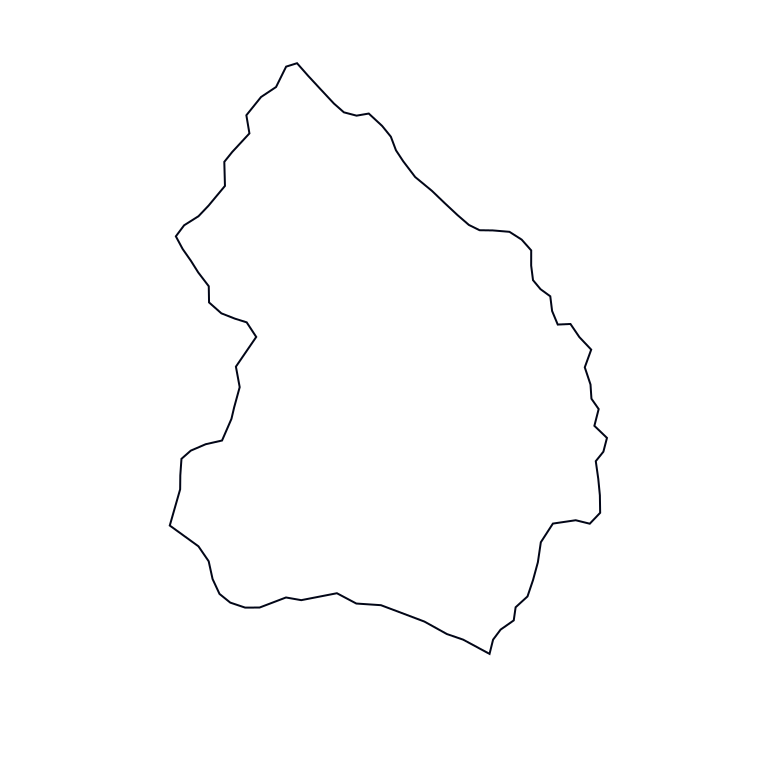 the district of Lourdes, São Paulo, Brazil, rotated 113°
{"feature_id": "56859067B53579578319178", "entity_name": "Lourdes", "entity_type": "district", "adm_level": 2, "iso_a3": "BRA", "parent_name": "Brazil", "parent_adm1": "São Paulo", "projection": "albers", "projection_center": [-50.239, -20.948], "detail": "fine", "context": "isolated", "style": "outline", "palette": "ink", "viewbox_px": 768, "rotation_deg": 113, "n_neighbors": 0, "source": "geoboundaries", "source_scale": "gbopen_adm2", "svg_char_len": 1390}
<svg xmlns="http://www.w3.org/2000/svg" viewBox="0 0 768 768"><g transform="rotate(113 384 384)"><path d="M598.0,525.9L605.9,491.4L615.7,476.1L630.5,465.6L641.5,453.4L645.3,440.1L644.1,424.5L638.4,411.2L618.8,390.8L615.3,375.7L595.0,345.6L596.9,323.7L588.8,300.4L586.9,254.0L589.6,228.4L588.4,211.3L591.2,181.4L576.7,183.7L564.5,180.7L550.9,172.2L538.1,175.6L523.5,168.9L506.3,170.2L488.0,172.7L468.4,177.8L446.5,174.0L434.5,154.3L432.2,140.0L418.1,134.7L402.1,141.8L387.6,149.7L372.3,158.9L360.6,155.6L346.5,157.7L340.3,174.0L323.2,176.6L316.5,187.3L303.8,193.7L290.2,205.7L271.4,206.7L264.5,222.5L255.9,235.8L261.4,247.3L251.1,257.8L238.3,265.2L235.6,276.9L230.2,287.4L217.5,294.8L203.5,300.7L197.3,313.7L194.9,328.0L200.1,343.8L205.1,356.1L204.4,368.1L199.7,382.6L193.7,399.0L187.5,415.3L181.3,436.2L171.5,453.3L164.2,464.3L153.7,474.3L147.2,486.5L141.0,503.7L147.7,514.1L149.6,527.1L145.4,539.7L137.5,557.5L129.9,574.4L122.7,589.4L130.1,598.1L152.8,599.4L167.8,609.3L190.4,615.7L205.9,605.8L229.8,614.4L241.9,617.8L263.8,607.8L277.4,611.9L288.4,615.2L302.0,620.3L316.0,630.0L329.4,633.3L338.4,622.1L346.1,609.8L353.9,598.6L362.5,583.5L377.3,576.9L382.5,561.3L382.1,546.8L380.9,534.5L390.6,520.0L425.9,527.1L443.3,515.6L464.1,512.8L475.7,510.8L499.3,511.0L509.1,524.6L520.8,535.8L532.0,541.2L547.7,535.8L560.6,530.5L598.0,525.9Z" fill="none" stroke="#020617" stroke-width="2"/></g></svg>